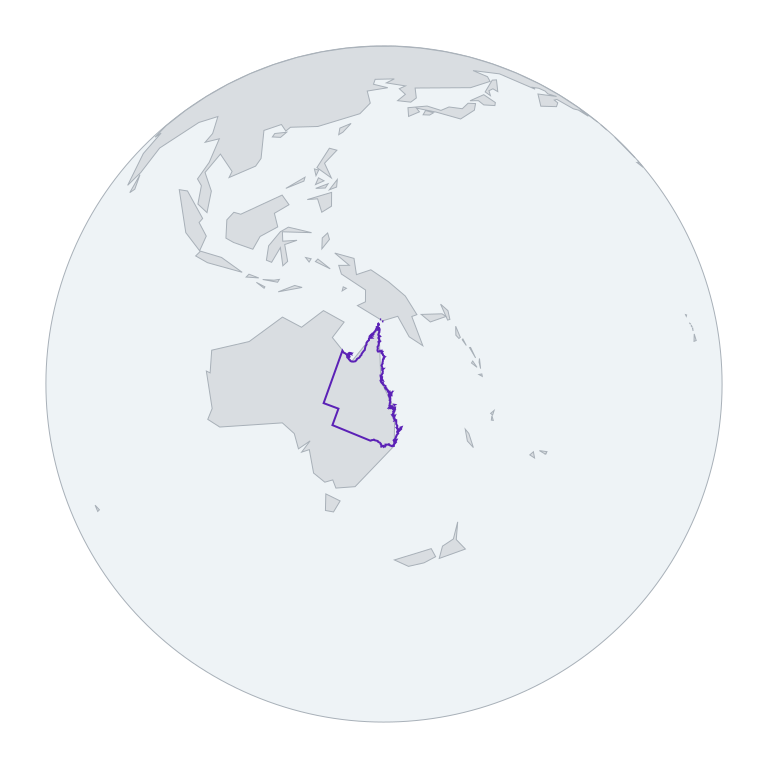 the Earth from above Queensland, rotated 23°
{"feature_id": "AUS-2657", "entity_name": "Queensland", "entity_type": "State", "adm_level": 1, "iso_a3": "AUS", "parent_name": "Australia", "parent_adm1": "", "projection": "orthographic", "projection_center": [147.106, -19.205], "detail": "fine", "context": "on_globe", "style": "outline", "palette": "violet", "viewbox_px": 768, "rotation_deg": 23, "n_neighbors": 0, "source": "natural_earth", "source_scale": "10m", "svg_char_len": 11224}
<svg xmlns="http://www.w3.org/2000/svg" viewBox="0 0 768 768"><g transform="rotate(23 384 384)"><circle cx="384" cy="384" r="338" fill="#eef3f6" stroke="#a8b0b8"/><path d="M560.4,382.6L560.4,385.2L559.9,385.5L560.4,382.6ZM534.9,81.6L537.8,83.3L530.4,81.3L532.8,80.6L530.2,79.3L534.9,81.6ZM526.6,77.7L520.4,75.0L514.2,72.2L506.7,69.3L500.0,66.6L500.4,66.8L526.6,77.7ZM652.7,223.6L650.0,216.7L654.4,222.0L652.7,223.6ZM646.4,212.0L647.8,214.4L646.2,212.2L646.4,212.0ZM644.1,210.0L645.7,211.4L644.0,210.5L644.1,210.0ZM641.1,208.3L642.6,208.9L642.5,209.1L641.1,208.3ZM635.8,203.6L634.4,202.3L635.6,202.2L635.8,203.6ZM506.9,69.4L507.9,69.9L503.6,68.3L506.9,69.4ZM489.4,63.0L482.3,60.7L489.9,63.1L489.4,63.0ZM475.0,58.6L478.3,59.5L460.9,55.0L461.6,55.4L454.3,53.5L475.0,58.6ZM408.8,47.0L412.4,47.3L430.9,49.4L432.7,49.6L432.2,49.5L454.3,53.5L461.6,55.4L457.1,54.6L467.5,57.7L455.8,55.9L450.9,56.7L432.0,54.5L429.8,56.1L434.1,57.3L434.4,61.3L419.8,67.0L412.4,56.9L430.5,51.9L421.4,52.9L417.8,51.4L411.0,51.3L405.1,52.8L407.9,53.6L369.1,53.4L343.5,60.7L359.2,60.7L363.4,64.0L347.9,77.4L297.0,99.4L302.0,108.1L298.5,114.1L285.8,117.9L290.5,109.0L282.7,106.2L287.3,101.2L268.5,105.9L274.3,99.1L256.8,107.0L257.2,112.2L271.7,109.8L254.1,120.9L261.6,130.8L256.2,144.6L222.5,172.8L197.6,184.2L194.8,189.5L188.2,185.2L174.4,197.5L182.7,224.4L180.7,233.6L160.7,254.5L161.1,247.7L143.6,236.3L136.6,259.2L149.7,273.9L154.1,295.4L142.4,291.1L138.4,272.8L132.2,268.1L136.5,248.3L136.6,222.6L124.9,231.4L128.4,220.4L126.6,202.7L111.4,215.6L85.3,254.4L77.5,284.3L70.4,301.3L72.4,265.9L80.8,240.1L76.8,246.3L82.5,231.5L94.5,209.7L108.1,188.9L123.1,169.2L139.6,150.6L157.4,133.3L176.4,117.3L196.6,102.8L217.7,89.8L239.8,78.4L262.6,68.6L286.1,60.6L310.1,54.3L334.5,49.7L359.2,47.0L384.0,46.1L408.8,47.0ZM165.4,608.4L171.2,611.0L170.3,613.2L165.4,608.4ZM226.8,340.3L236.4,341.1L236.2,342.7L226.8,340.3ZM216.8,335.7L227.3,335.3L215.3,339.4L216.8,335.7ZM231.5,335.2L242.2,331.4L246.8,328.6L246.3,331.9L231.5,335.2ZM209.8,336.6L174.1,341.3L160.6,339.7L163.2,333.4L185.0,331.0L209.8,336.6ZM162.2,333.4L142.4,322.1L119.6,285.1L127.7,283.1L152.4,302.5L150.7,307.6L162.6,317.3L162.2,333.4ZM212.3,296.6L210.6,311.2L190.4,312.5L181.5,311.5L175.2,294.3L178.7,284.6L185.8,283.7L216.4,249.9L226.5,256.1L216.4,269.7L224.8,280.9L212.3,296.6ZM77.6,286.7L78.5,302.1L75.2,307.2L77.6,286.7ZM231.0,228.5L217.2,242.3L230.5,224.5L231.0,228.5ZM240.3,212.6L240.0,218.8L235.9,213.2L240.3,212.6ZM192.4,197.4L184.7,200.2L185.6,196.1L196.0,190.3L192.4,197.4ZM251.9,157.0L247.8,168.2L244.9,172.2L243.4,165.7L251.9,157.0ZM491.8,517.1L499.0,522.8L490.7,533.0L477.8,542.3L462.3,541.9L491.8,517.1ZM379.5,523.3L373.4,507.9L389.3,508.8L387.5,521.5L379.5,523.3ZM501.2,510.4L508.4,499.5L505.7,482.1L511.3,499.0L523.4,504.1L503.0,523.0L501.2,510.4ZM305.6,459.5L249.6,487.8L235.6,485.4L235.4,473.7L215.4,441.5L219.6,441.7L212.2,420.2L243.3,397.6L264.4,362.1L285.9,364.0L299.6,340.1L323.1,342.6L318.3,361.4L345.4,376.0L357.4,334.2L380.0,382.6L403.7,403.1L417.6,436.9L397.5,489.8L380.4,498.6L374.3,492.3L367.9,497.5L354.0,493.5L340.9,473.6L334.8,478.9L338.2,465.2L330.6,477.1L320.8,464.7L305.6,459.5ZM476.4,393.8L481.4,396.4L491.1,407.6L483.0,403.9L476.4,393.8ZM548.0,388.0L551.5,393.3L545.9,392.3L548.0,388.0ZM559.9,385.5L553.1,384.6L560.4,382.6L559.9,385.5ZM495.7,371.0L498.8,374.8L496.9,375.3L495.7,371.0ZM493.6,369.4L495.7,365.3L496.1,370.1L493.6,369.4ZM467.6,338.2L470.1,336.5L471.5,338.6L467.6,338.2ZM250.6,340.5L263.3,328.2L270.9,327.1L250.6,340.5ZM463.1,332.3L456.3,330.5L456.7,328.2L463.1,332.3ZM463.0,326.8L461.9,323.2L466.9,332.1L463.0,326.8ZM449.4,316.5L458.1,324.2L448.5,317.1L449.4,316.5ZM444.7,316.4L438.7,312.7L439.0,311.7L444.7,316.4ZM383.2,311.0L404.8,333.6L388.7,330.7L370.2,316.3L358.0,326.4L328.9,322.2L334.8,315.6L330.3,304.7L301.8,299.4L296.0,292.5L305.7,288.3L287.5,282.7L307.3,280.1L315.9,294.1L327.3,284.0L348.1,288.1L369.2,294.7L387.2,307.3L383.2,311.0ZM308.5,310.5L312.0,310.6L309.1,314.7L308.5,310.5ZM427.4,302.8L436.0,311.2L435.2,312.8L431.1,311.0L427.4,302.8ZM391.1,305.4L410.0,296.7L414.7,297.6L402.4,308.8L391.1,305.4ZM404.9,288.4L414.2,291.5L419.4,298.8L417.6,300.3L404.9,288.4ZM268.0,297.2L267.4,301.0L262.4,298.2L268.0,297.2ZM274.3,294.8L289.5,299.0L273.0,298.1L274.3,294.8ZM231.0,283.6L235.0,292.1L247.8,285.7L238.1,294.4L247.4,308.8L244.7,314.7L235.3,298.9L233.0,315.9L227.4,316.0L223.8,301.9L229.1,284.3L234.7,277.0L258.2,273.0L231.0,283.6ZM274.0,283.9L270.1,273.7L273.1,267.0L277.3,272.2L274.0,283.9ZM259.6,250.2L250.5,239.5L241.3,244.2L260.9,228.1L266.2,240.8L259.6,250.2ZM253.4,226.5L244.7,230.6L254.3,221.5L253.4,226.5ZM243.0,227.2L243.1,219.8L249.4,220.4L243.0,227.2ZM257.8,226.6L261.1,214.0L263.4,221.2L257.8,226.6ZM243.0,204.0L255.0,214.9L237.7,211.0L241.6,188.3L249.3,187.2L243.0,204.0ZM314.8,120.9L315.4,116.0L323.6,115.0L320.9,118.6L314.8,120.9ZM351.0,110.1L326.0,113.3L306.1,117.4L310.3,119.6L302.1,128.1L298.1,120.3L315.1,111.3L329.5,109.9L335.6,103.6L348.5,100.0L351.7,92.7L358.7,90.1L360.2,96.6L351.0,110.1ZM352.5,89.7L362.8,78.7L376.5,81.4L377.3,84.4L366.8,88.1L360.2,86.3L352.5,89.7ZM369.3,77.0L363.0,75.6L364.9,62.0L368.7,60.1L374.5,70.4L368.9,69.7L366.0,73.0L369.3,77.0Z" fill="#d9dde1" stroke="#a8b0b8" stroke-width="1"/><path d="M332.7,369.6L334.4,370.8L335.5,371.0L336.5,370.9L337.5,371.3L338.5,371.4L339.3,372.2L339.3,373.0L339.8,373.9L341.0,374.2L342.1,375.0L343.7,375.5L344.2,376.0L345.5,375.9L347.0,375.4L348.8,374.2L349.4,372.4L349.3,371.7L350.1,370.4L350.7,369.8L351.2,368.6L351.1,368.0L351.9,366.0L351.6,365.2L351.9,363.6L352.6,361.0L353.0,360.3L352.2,356.7L352.5,354.5L351.8,353.1L352.1,351.3L353.0,349.4L352.3,347.9L352.6,347.3L353.3,346.9L353.6,346.0L354.0,346.3L354.3,347.4L354.1,346.5L354.7,346.2L353.6,345.9L354.5,345.5L353.5,345.5L352.9,345.0L353.2,344.8L352.7,344.7L352.7,345.2L352.9,345.3L352.3,345.3L353.0,343.5L353.5,343.5L353.2,343.3L353.6,342.1L354.1,341.8L354.1,342.7L354.4,342.3L354.7,342.5L354.8,342.3L354.3,341.9L354.3,341.4L355.3,338.2L355.3,335.9L356.3,335.6L357.0,334.5L357.6,334.3L358.0,334.7L357.4,335.3L357.4,335.8L357.9,335.3L358.3,335.7L358.3,336.1L358.8,335.9L359.2,337.1L359.1,337.7L359.5,338.3L359.3,338.9L359.5,341.0L360.3,341.5L360.9,341.3L361.8,341.7L360.8,342.8L360.8,343.8L361.8,344.1L362.1,345.0L362.9,345.4L362.5,347.0L363.5,346.7L363.3,347.2L363.3,348.1L363.5,349.6L363.8,350.1L363.9,350.8L363.5,352.1L364.0,353.2L364.4,353.6L364.6,354.8L365.0,355.9L365.9,356.5L367.2,355.7L367.4,355.0L368.0,355.3L368.8,354.9L369.0,354.4L369.6,355.0L369.6,355.6L369.9,355.4L369.8,356.2L370.1,356.7L371.4,357.0L371.7,357.7L372.2,358.1L373.3,358.3L373.6,359.0L374.0,358.9L373.4,360.3L373.5,360.7L373.9,360.5L374.0,360.7L373.6,361.0L373.4,361.8L374.1,363.7L374.1,364.6L374.7,365.5L374.5,366.3L374.7,366.7L374.4,367.8L376.2,369.8L376.5,370.3L376.3,370.6L376.5,371.0L376.8,370.3L377.1,370.5L377.5,370.3L377.1,371.4L378.2,373.3L378.2,374.1L378.6,374.7L378.4,375.0L378.3,375.7L378.4,376.1L377.8,377.7L377.9,378.3L378.4,379.0L378.8,379.1L379.0,379.9L379.7,380.0L379.4,382.1L380.4,383.2L381.5,383.9L382.0,383.8L382.9,384.6L383.5,384.3L383.5,383.8L383.7,384.7L384.2,385.2L385.8,385.2L385.8,384.6L386.5,386.0L386.7,386.8L386.5,387.0L387.2,387.7L387.8,387.7L387.6,386.9L388.0,387.0L388.6,388.1L389.4,388.0L389.7,388.3L390.5,388.5L390.7,388.9L390.4,389.2L391.2,389.9L391.5,389.8L391.3,389.7L391.6,389.5L391.4,389.1L391.8,389.2L392.1,389.0L392.3,390.0L392.5,389.7L392.7,389.8L392.7,390.3L393.3,390.2L394.1,391.9L393.7,391.8L393.4,391.3L393.1,391.5L392.8,391.3L392.9,391.7L392.6,392.1L393.0,393.0L393.6,393.3L393.5,394.0L393.7,393.7L394.7,394.0L394.6,394.5L395.3,394.6L395.7,395.2L395.5,395.9L395.7,396.3L395.8,396.2L396.0,396.3L396.2,396.9L396.0,397.0L396.3,397.2L396.0,397.7L396.3,397.5L396.6,397.6L396.7,398.1L397.1,397.8L396.8,398.4L397.0,399.0L396.8,399.3L397.5,401.5L397.4,401.7L397.7,402.0L398.1,402.6L397.9,403.5L398.8,402.8L400.0,404.4L399.4,402.4L399.7,401.6L400.1,401.4L400.8,402.9L403.1,404.3L402.7,403.2L402.9,402.6L403.2,402.7L403.2,403.0L403.4,403.1L403.5,402.8L403.6,403.3L403.9,403.4L403.7,403.7L403.4,403.7L403.7,404.4L404.0,403.8L404.2,404.8L404.0,406.1L403.7,406.2L403.9,406.4L403.8,407.5L404.2,408.0L403.9,408.4L404.4,409.5L404.0,409.6L404.4,409.9L405.1,409.9L405.7,410.6L406.0,411.4L406.5,411.5L407.3,412.6L407.8,412.7L407.9,413.1L408.1,412.8L408.7,413.1L408.3,412.5L408.4,412.4L408.9,412.7L408.8,412.9L409.2,412.7L409.3,413.4L409.6,413.6L409.8,413.5L410.9,416.1L412.7,417.4L412.8,418.6L413.5,419.5L413.1,419.6L413.8,420.1L414.4,420.3L414.5,420.0L414.9,420.3L415.0,421.1L414.6,421.4L415.1,421.2L415.1,421.6L414.8,421.9L414.7,422.6L415.3,423.5L415.3,424.3L415.6,423.5L415.8,424.1L416.3,424.2L415.5,426.4L415.8,426.8L415.6,428.3L415.8,428.5L415.7,429.7L416.0,430.8L415.3,431.0L415.1,431.5L415.5,431.5L415.2,432.2L415.7,432.5L415.8,433.0L416.2,433.3L416.8,435.1L417.0,435.1L416.7,436.0L416.9,436.0L416.9,436.7L417.2,437.1L416.4,437.7L415.6,437.7L415.1,438.3L413.9,438.0L413.2,438.2L412.6,437.8L412.3,438.0L411.9,437.6L411.4,438.2L409.1,439.2L409.6,440.1L409.3,441.3L408.5,441.3L408.3,441.7L407.8,441.1L407.0,441.5L406.7,442.1L406.0,442.7L405.7,442.3L405.6,441.3L404.4,440.7L404.4,440.2L403.1,439.6L401.3,439.6L400.5,438.9L397.4,439.4L396.9,439.1L396.3,439.2L396.0,439.7L394.3,440.7L394.1,441.2L393.6,441.5L352.6,442.0L351.7,424.5L335.9,425.2L332.7,369.6ZM417.4,418.7L415.7,422.6L415.8,423.1L415.5,423.3L415.0,422.1L415.7,420.6L415.8,420.1L415.5,419.9L416.6,418.9L416.7,418.2L416.2,417.6L417.0,416.9L417.0,418.0L417.4,418.7ZM342.4,368.6L342.3,369.1L341.7,369.3L341.4,368.9L341.0,369.1L341.3,369.3L341.0,369.3L340.8,370.0L340.6,369.8L340.1,370.4L339.6,370.4L339.3,370.0L339.4,370.4L339.2,370.6L339.3,369.8L339.9,368.9L341.6,368.4L342.2,368.7L342.4,368.6ZM406.3,410.2L406.6,411.0L406.2,411.2L404.9,409.5L405.4,409.2L406.1,409.8L406.3,409.5L406.3,410.2ZM379.7,379.0L379.8,379.4L379.6,379.7L379.1,379.6L378.9,379.1L378.3,378.4L379.0,378.5L379.1,378.1L379.5,378.3L379.4,378.7L379.7,379.0ZM417.1,432.7L417.7,432.9L417.1,434.6L416.8,434.7L416.9,433.3L417.1,432.7ZM417.1,432.5L416.8,430.8L417.3,430.5L417.1,432.5ZM355.6,333.8L356.1,334.5L355.5,334.8L355.1,334.3L355.6,333.8ZM341.6,372.1L341.6,372.5L341.0,372.5L340.8,372.8L340.7,372.5L341.2,371.8L341.6,372.1ZM356.1,331.1L356.3,331.5L356.1,331.8L355.7,331.7L355.6,331.2L356.1,331.1ZM394.8,390.6L394.1,390.4L394.4,389.6L394.5,390.1L394.8,390.6ZM355.5,330.8L355.5,331.2L355.2,331.4L355.0,331.0L355.2,330.6L355.5,330.8ZM357.8,326.8L358.9,326.7L358.5,326.9L357.8,326.8ZM399.4,400.8L399.4,401.5L399.2,401.9L399.1,401.4L399.4,400.8ZM402.4,401.9L402.8,402.5L402.4,402.7L402.4,401.9ZM394.3,389.0L394.1,389.8L393.8,389.5L394.3,389.0ZM355.5,325.9L355.9,326.0L355.2,326.1L355.5,325.9ZM381.1,380.9L381.6,381.3L381.0,381.4L381.1,380.9ZM382.6,383.5L382.7,383.8L382.4,383.8L382.2,383.6L382.6,383.5ZM356.0,333.7L356.3,333.9L356.0,334.1L356.0,333.7ZM406.8,411.1L407.0,411.8L406.8,411.4L406.8,411.1ZM398.3,402.6L398.5,402.7L398.3,403.2L398.2,402.9L398.3,402.6ZM395.0,391.2L395.1,391.6L394.8,391.9L394.7,391.7L395.0,391.2ZM391.5,388.5L391.6,389.0L391.4,389.0L391.5,388.5ZM401.5,399.1L401.9,399.0L401.7,399.3L401.5,399.1ZM338.9,371.0L339.1,370.9L339.3,371.0L339.0,371.2L338.9,371.0ZM415.1,420.3L415.4,420.6L415.1,420.3Z" fill="none" stroke="#5b21b6" stroke-width="2"/></g></svg>